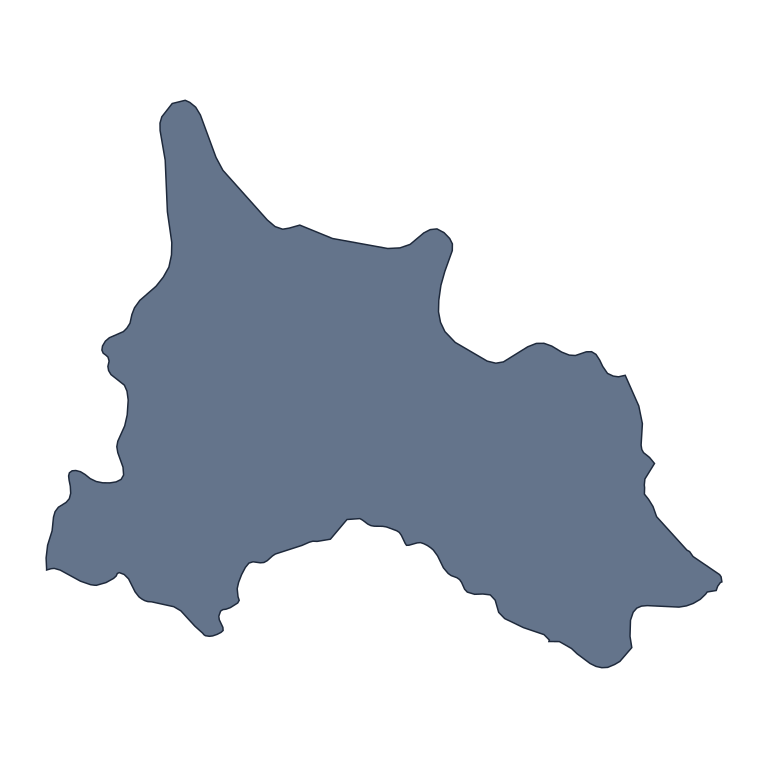 the border of Son La
{"feature_id": "VNM-455", "entity_name": "Son La", "entity_type": "Province", "adm_level": 1, "iso_a3": "VNM", "parent_name": "Vietnam", "parent_adm1": "", "projection": "albers", "projection_center": [104.029, 21.308], "detail": "fine", "context": "isolated", "style": "filled", "palette": "slate", "viewbox_px": 768, "rotation_deg": 0, "n_neighbors": 0, "source": "natural_earth", "source_scale": "10m", "svg_char_len": 3163}
<svg xmlns="http://www.w3.org/2000/svg" viewBox="0 0 768 768"><path d="M406.5,545.3L405.2,543.4L401.4,535.4L399.3,532.4L396.6,530.7L386.3,526.9L382.5,526.3L374.3,526.2L370.9,525.6L367.8,524.1L362.4,520.0L359.9,518.6L347.0,519.5L330.4,539.2L317.2,541.4L312.9,541.2L309.3,542.2L302.0,545.4L275.4,554.0L272.5,555.9L267.2,560.7L263.9,562.5L260.3,562.8L253.0,561.8L248.9,563.1L245.4,567.4L241.6,574.6L238.6,582.4L237.2,588.7L238.0,596.6L239.2,600.3L237.7,603.0L230.4,607.6L226.0,609.2L222.9,609.6L220.6,611.1L218.8,616.2L219.3,619.8L222.9,627.4L223.1,630.5L221.0,632.4L217.1,634.4L212.7,635.9L209.4,636.3L205.4,635.7L203.9,634.7L202.7,633.2L194.8,626.1L180.8,610.8L173.8,606.7L151.5,601.8L147.8,601.6L144.7,600.6L141.8,599.0L139.0,596.9L135.1,591.9L128.6,578.9L124.2,574.5L119.2,572.6L117.3,573.5L116.2,576.0L113.6,578.4L106.2,582.5L105.6,582.7L96.4,585.3L94.4,585.2L90.6,584.7L80.5,581.2L60.2,570.1L54.3,568.4L51.1,568.7L46.6,570.0L46.6,569.9L46.6,568.7L46.1,558.0L47.6,545.2L52.1,530.8L53.5,517.1L55.1,511.6L58.4,507.2L66.1,502.4L69.3,498.7L70.7,493.3L70.3,486.2L69.1,480.2L68.6,475.9L69.4,472.8L72.1,470.8L75.8,470.5L80.5,471.7L85.1,474.5L90.2,478.6L96.2,481.5L102.7,482.8L109.8,482.9L116.1,481.9L121.1,479.4L123.6,475.0L123.0,467.2L117.8,452.7L116.8,446.7L117.8,441.2L124.7,425.9L127.2,414.9L128.2,400.1L127.0,391.2L124.4,385.2L111.0,374.6L108.6,370.6L107.9,366.4L109.1,361.1L108.0,357.1L105.8,355.1L103.2,353.2L101.9,350.1L102.5,346.0L105.4,341.1L109.4,337.7L123.4,331.6L126.9,328.1L130.0,323.2L131.9,314.5L134.5,307.8L139.8,300.4L156.1,286.2L163.3,277.1L168.9,267.1L171.5,254.9L171.8,242.6L167.4,211.8L165.2,160.2L160.1,130.6L160.0,123.1L161.8,116.8L172.2,103.5L185.2,100.3L189.8,102.4L195.7,107.2L200.4,115.0L216.0,157.4L222.9,170.3L267.3,220.0L275.1,226.6L282.7,229.2L289.2,228.1L299.8,225.1L332.5,238.5L387.7,248.5L399.9,247.9L410.1,244.4L423.8,232.9L430.2,229.6L437.0,228.9L444.1,232.7L449.7,238.5L452.4,243.9L452.3,250.6L444.8,271.5L440.9,285.4L438.8,300.3L438.5,311.8L440.5,322.3L444.9,331.6L455.2,342.4L487.2,361.1L495.8,363.2L503.4,361.9L527.7,346.8L536.3,343.4L544.0,343.3L551.8,346.1L561.7,352.1L569.3,355.1L575.4,355.5L586.3,351.8L591.6,351.7L596.0,354.4L599.7,360.1L602.7,366.4L607.5,373.4L613.3,376.1L618.5,376.8L625.2,375.3L638.8,406.0L642.4,423.7L641.1,445.1L641.8,449.5L643.5,452.6L649.6,457.5L654.5,463.5L644.9,479.0L644.3,485.0L644.6,487.7L644.4,494.1L648.6,499.4L653.0,506.5L656.6,516.7L686.9,550.1L689.6,551.6L693.0,556.5L719.6,574.6L721.1,576.8L721.9,581.9L720.4,582.5L717.7,586.2L716.2,590.5L707.2,592.0L705.6,594.2L700.3,599.3L693.3,603.4L686.4,605.9L679.0,607.1L647.3,605.6L641.5,606.1L636.8,608.1L633.2,612.2L630.5,620.2L630.0,636.3L631.8,647.6L619.9,661.4L614.6,664.5L607.7,667.4L601.8,667.7L596.0,666.4L590.1,663.5L577.1,653.8L571.5,648.5L559.4,641.6L548.9,641.5L549.3,640.0L544.0,634.6L523.4,627.6L504.7,618.6L498.7,612.4L495.2,600.2L490.3,594.9L482.9,594.0L474.6,594.3L467.3,592.1L464.6,589.2L461.6,582.5L459.6,579.6L456.9,577.7L451.2,575.6L448.2,573.5L443.4,567.8L437.6,555.9L433.3,550.0L430.6,547.7L427.4,545.5L423.8,543.7L420.5,542.6L417.1,542.9L409.0,545.2L406.5,545.3Z" fill="#64748b" stroke="#1e293b" stroke-width="1.5"/></svg>